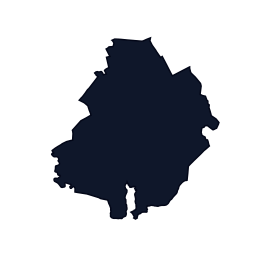 Saukas pag., Viesites, Latvia, rotated 70°
{"feature_id": "27541924B65638729779060", "entity_name": "Saukas pag.", "entity_type": "district", "adm_level": 2, "iso_a3": "LVA", "parent_name": "Latvia", "parent_adm1": "Viesites", "projection": "mercator", "projection_center": [25.443, 56.28], "detail": "fine", "context": "isolated", "style": "filled", "palette": "ink", "viewbox_px": 256, "rotation_deg": 70, "n_neighbors": 0, "source": "geoboundaries", "source_scale": "gbopen_adm2", "svg_char_len": 5767}
<svg xmlns="http://www.w3.org/2000/svg" viewBox="0 0 256 256"><g transform="rotate(70 128 128)"><path d="M206.1,174.3L206.5,174.1L207.0,173.6L207.7,172.7L207.8,172.7L208.3,171.4L208.4,170.9L208.8,170.2L209.2,169.0L209.7,168.4L210.2,166.1L210.7,165.5L210.9,164.7L210.8,164.4L210.1,163.2L210.0,161.9L210.0,161.1L209.9,160.4L209.3,159.8L208.1,159.0L206.7,158.7L205.3,158.3L203.9,156.8L202.7,156.4L201.0,156.1L199.9,155.7L199.4,155.8L199.3,156.0L199.2,156.0L198.4,155.9L198.1,155.8L197.6,155.7L196.8,155.3L195.4,154.9L194.8,154.6L193.2,154.9L192.8,154.9L190.9,153.9L190.3,153.4L188.3,151.5L188.1,151.2L186.7,150.5L186.0,150.3L185.5,150.4L185.0,150.7L184.9,150.8L184.2,150.9L183.8,151.2L182.6,150.9L182.2,151.0L181.7,150.9L181.3,150.7L180.4,149.9L180.1,149.5L179.7,149.3L179.7,149.1L179.4,148.2L179.3,147.9L179.0,147.6L178.5,147.3L179.4,147.2L179.9,147.3L180.1,147.1L180.3,147.2L180.6,147.0L180.8,147.0L180.8,146.8L180.9,146.7L181.0,146.8L181.1,147.0L181.6,146.8L181.6,147.1L181.8,147.1L182.2,146.6L182.6,146.5L182.8,146.6L183.0,146.5L183.4,146.5L183.6,146.6L183.9,146.6L184.2,146.4L184.2,146.0L184.6,145.8L184.8,145.3L184.7,144.6L184.8,144.4L184.8,144.2L184.6,144.0L184.6,143.8L184.9,143.7L185.0,143.5L185.1,143.3L184.8,142.6L185.1,142.3L185.2,142.1L185.3,141.8L185.3,141.6L186.0,141.5L186.1,141.3L186.5,141.7L187.2,142.3L187.4,142.1L187.7,142.2L188.0,142.0L188.4,142.2L188.5,142.0L188.4,141.9L188.5,141.7L188.7,141.9L189.1,142.0L189.1,141.6L189.3,141.3L189.8,141.5L190.7,142.2L191.0,142.4L191.7,143.5L192.2,144.0L192.7,144.3L193.4,144.5L195.3,144.7L197.4,145.1L198.7,145.8L199.1,146.2L199.9,146.4L201.4,146.6L202.4,146.5L204.1,147.1L204.2,146.8L205.1,147.2L206.0,147.8L207.3,148.4L207.5,149.8L207.4,150.2L208.0,150.9L207.9,151.2L208.0,152.8L208.1,154.0L209.8,153.0L213.9,152.4L214.5,153.4L216.1,152.1L215.7,150.1L215.2,150.1L214.9,149.9L212.8,148.2L212.6,147.8L212.6,146.1L212.6,145.6L212.1,144.4L211.9,143.4L212.1,142.8L212.8,140.6L213.3,139.7L213.3,139.4L213.2,138.8L212.0,138.4L211.6,138.3L211.0,137.6L209.9,137.9L209.2,137.7L207.9,136.6L208.5,134.7L208.5,133.2L208.5,132.7L209.3,131.1L209.6,130.5L210.4,129.4L210.8,128.4L211.4,127.4L211.6,126.9L211.8,126.4L211.8,125.9L211.8,124.8L212.2,122.7L212.4,122.1L213.0,120.5L213.2,119.7L213.3,118.7L213.3,118.1L213.1,117.5L212.7,116.4L212.4,115.8L210.4,113.4L209.8,111.8L209.8,111.5L209.6,111.2L208.2,109.1L206.2,105.1L205.9,104.7L205.3,104.0L203.6,102.9L202.2,101.4L200.6,100.4L200.1,99.9L199.3,98.9L197.7,95.9L197.4,95.1L197.0,93.3L196.9,92.8L196.9,92.3L197.3,90.7L197.3,90.4L190.9,87.3L185.0,84.6L184.3,84.0L182.7,80.7L181.8,78.7L181.3,77.7L177.4,68.9L176.1,66.2L175.3,64.6L174.4,62.0L173.2,58.9L172.7,57.7L171.1,57.8L168.1,57.4L166.4,57.4L166.3,57.5L165.9,58.6L165.6,58.7L164.2,58.9L162.9,58.7L160.3,61.0L157.2,60.8L153.5,58.8L153.4,58.6L153.2,58.4L153.2,56.2L152.2,54.8L152.8,52.8L152.8,52.5L153.0,52.5L158.6,48.9L158.8,48.5L158.6,46.4L158.5,46.2L158.5,44.9L155.3,41.7L154.0,40.8L153.9,40.7L149.6,42.2L144.9,45.6L143.6,45.4L139.7,45.1L136.7,45.0L136.1,44.8L134.1,43.8L132.8,44.5L132.3,44.6L130.1,43.8L129.8,43.8L129.2,44.2L128.7,44.4L124.7,44.4L124.4,44.7L124.0,45.4L123.0,46.9L121.3,48.6L121.0,48.7L120.5,48.5L113.7,45.0L113.4,44.9L112.9,44.9L111.7,44.7L110.8,44.7L103.2,47.4L98.3,49.8L97.3,50.1L96.7,50.1L93.1,49.7L91.7,49.2L91.7,49.4L94.2,68.5L91.2,69.0L80.0,70.4L72.5,71.4L73.0,73.2L72.5,73.4L72.4,73.2L72.0,73.5L69.9,74.1L66.0,75.1L64.3,75.4L58.6,77.0L53.5,77.6L51.0,76.1L51.1,80.0L51.4,84.0L51.2,85.3L48.4,91.4L44.7,99.4L42.4,104.2L41.2,106.9L39.9,110.1L40.1,112.9L40.5,112.6L40.6,112.8L41.9,112.3L43.8,112.3L46.4,114.2L45.3,118.1L46.1,120.0L46.3,121.5L54.6,120.5L54.2,124.0L64.7,125.3L65.1,128.3L65.3,129.0L65.8,130.3L66.1,130.4L69.7,129.9L69.6,132.9L67.6,133.1L66.0,133.6L65.9,133.8L65.6,134.6L65.6,136.2L64.7,137.2L64.4,138.7L64.4,139.0L64.9,140.5L65.7,140.3L66.0,140.0L66.9,139.8L67.7,139.8L69.4,138.5L73.5,144.9L76.8,150.1L76.9,150.4L77.5,151.1L77.8,152.0L78.2,152.9L81.3,157.3L81.4,157.6L81.8,158.1L83.2,160.4L83.8,161.8L84.1,162.2L85.2,164.3L88.9,160.8L89.7,160.2L93.4,158.1L97.9,158.3L101.6,158.2L103.3,158.4L103.7,160.7L104.3,164.1L105.1,169.8L111.1,181.0L112.4,181.1L114.5,181.6L120.5,184.2L120.2,186.1L119.8,190.4L120.3,195.1L120.8,196.7L121.4,200.1L122.1,203.3L123.2,206.9L123.6,206.8L124.3,207.0L124.7,206.9L125.4,206.4L125.7,206.3L126.1,206.4L126.5,206.7L126.4,207.1L126.0,207.8L126.0,208.0L126.3,208.4L126.7,208.7L128.0,208.4L129.0,207.8L129.7,207.3L129.9,206.9L130.0,206.4L130.5,205.0L130.8,204.5L131.1,204.1L131.5,203.9L132.6,203.6L133.5,203.6L134.1,203.9L134.8,204.8L135.1,204.8L135.5,204.8L135.8,204.6L136.8,204.4L137.4,204.4L138.2,204.6L138.7,205.0L138.9,205.4L139.1,205.9L139.1,207.0L139.0,208.8L139.1,209.0L139.5,209.3L141.7,210.2L142.2,210.5L143.4,211.4L143.7,211.5L144.1,211.4L144.5,211.1L145.2,209.9L145.6,209.7L146.4,209.7L147.6,209.8L148.0,209.8L148.5,209.5L149.1,208.4L149.3,208.1L149.7,208.0L149.9,208.0L150.5,208.7L151.1,210.5L151.3,211.4L151.3,211.7L150.7,212.6L150.4,213.5L150.3,214.2L150.4,214.6L151.3,215.2L152.2,215.3L152.9,215.2L155.5,212.9L157.0,212.2L159.2,211.5L160.2,211.3L160.5,211.1L161.0,210.7L161.3,210.1L161.6,207.8L161.5,207.5L161.2,207.1L160.9,207.0L159.7,206.6L159.2,206.6L158.7,206.4L158.2,206.0L158.2,205.8L158.2,205.4L158.4,205.0L161.4,201.1L161.7,200.9L162.3,200.9L162.6,201.1L163.2,202.5L163.5,202.8L164.7,202.7L165.0,202.6L165.1,202.2L165.2,201.9L164.3,199.7L164.4,199.2L164.5,199.0L164.8,198.8L166.3,198.4L167.1,198.5L168.2,199.0L170.0,199.7L171.2,197.6L175.9,189.1L181.5,181.7L183.4,179.2L184.9,177.9L185.9,176.3L186.1,176.0L186.4,175.5L188.3,172.4L188.7,171.7L192.6,171.8L194.4,171.6L197.5,171.6L198.4,172.0L199.5,172.4L200.0,172.3L201.0,172.8L202.2,173.7L203.6,174.0L204.9,174.6L206.1,174.3Z" fill="#0f172a" stroke="#020617" stroke-width="1.5"/></g></svg>